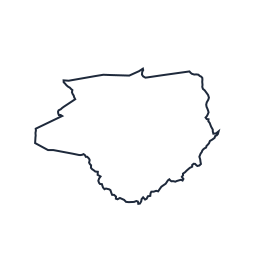 outline of Tejuçuoca, Ceará, Brazil, rotated 242°
{"feature_id": "56859067B66603030314401", "entity_name": "Tejuçuoca", "entity_type": "district", "adm_level": 2, "iso_a3": "BRA", "parent_name": "Brazil", "parent_adm1": "Ceará", "projection": "mercator", "projection_center": [-39.614, -3.923], "detail": "fine", "context": "isolated", "style": "outline", "palette": "slate", "viewbox_px": 256, "rotation_deg": 242, "n_neighbors": 0, "source": "geoboundaries", "source_scale": "gbopen_adm2", "svg_char_len": 2317}
<svg xmlns="http://www.w3.org/2000/svg" viewBox="0 0 256 256"><g transform="rotate(242 128 128)"><path d="M200.3,93.5L198.6,92.7L196.7,93.3L194.7,93.7L192.6,94.5L190.9,95.6L189.0,96.1L187.6,96.7L185.9,95.3L183.9,95.1L182.2,95.3L180.5,94.9L178.2,94.9L176.9,81.3L176.6,79.2L176.1,77.4L176.2,75.1L175.4,74.0L173.9,73.3L171.9,73.0L171.1,74.6L169.5,75.5L170.7,46.2L169.0,45.5L167.1,44.0L164.6,42.9L163.2,41.9L161.7,41.0L159.6,39.7L158.3,38.9L146.1,47.0L143.5,51.8L131.2,67.2L127.3,71.9L126.5,73.1L125.9,74.8L125.8,76.5L124.0,77.3L122.4,77.2L121.7,78.5L119.3,79.2L117.7,79.1L115.7,77.4L114.1,77.4L112.4,77.9L110.3,76.6L108.4,77.0L107.0,77.8L104.9,78.7L103.5,80.8L100.9,79.2L98.1,81.0L97.0,78.8L95.3,77.0L93.1,76.7L91.7,77.0L90.7,78.6L89.1,78.3L87.2,78.0L85.0,78.5L84.9,80.1L82.7,82.6L81.4,83.3L78.4,82.8L76.4,82.6L75.5,84.3L73.1,85.2L71.3,84.1L70.0,85.3L70.0,88.0L66.4,90.8L63.7,91.6L62.2,93.8L61.2,95.9L59.9,98.6L59.6,101.1L58.4,102.2L56.2,101.5L55.7,103.0L57.0,105.2L58.8,106.6L59.7,108.8L56.8,109.5L56.8,111.3L58.4,113.5L57.6,115.8L59.7,117.2L60.8,118.7L59.7,120.9L59.3,123.4L57.9,124.9L59.2,127.3L60.5,129.9L60.8,132.2L61.1,135.1L63.0,138.6L63.3,140.4L61.9,140.7L60.6,141.3L59.8,143.0L58.4,144.6L58.3,146.2L57.9,148.2L57.4,150.5L56.0,151.5L57.0,153.0L59.6,152.6L60.4,154.4L61.9,155.1L62.2,157.8L62.7,159.2L63.2,161.2L63.8,163.9L63.7,166.5L65.2,167.3L65.6,169.2L64.8,170.4L63.3,170.8L61.9,171.4L61.4,173.4L62.0,175.5L64.0,176.1L66.4,177.0L69.1,177.5L70.4,179.0L71.4,180.2L72.0,181.6L73.2,183.0L73.8,184.4L74.1,185.9L74.1,187.8L75.3,188.9L75.8,190.6L76.5,192.4L78.1,194.2L78.2,196.9L78.6,199.7L80.0,201.3L79.9,202.9L80.5,204.5L82.5,206.4L81.9,203.3L82.9,200.7L85.3,201.3L86.8,202.1L90.0,202.0L91.8,202.2L94.2,202.5L96.2,202.1L97.9,203.2L98.9,201.7L100.8,201.4L101.4,203.1L102.5,204.7L104.0,206.5L105.8,206.9L108.0,207.2L109.8,207.3L111.9,208.0L113.7,209.6L115.3,212.2L116.8,213.7L119.6,214.2L122.4,213.8L125.2,213.4L127.4,212.5L129.5,212.9L131.0,214.0L133.9,215.2L135.6,216.3L137.3,217.1L138.9,216.8L140.4,215.7L142.0,215.2L143.3,213.4L144.1,211.6L145.8,209.9L147.3,209.2L149.1,208.8L158.6,182.8L163.6,168.8L164.3,167.0L166.5,165.6L168.6,165.4L170.9,166.9L172.0,168.6L173.4,169.0L173.0,164.4L173.7,153.7L182.7,137.9L186.6,131.2L189.6,122.3L197.6,97.8L200.3,93.5Z" fill="none" stroke="#1e293b" stroke-width="2"/></g></svg>